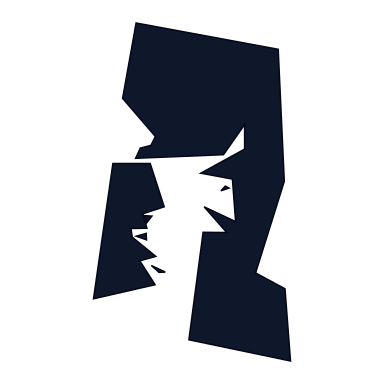 SVG path tracing the border of Los Lagos
{"feature_id": "CHL-2704", "entity_name": "Los Lagos", "entity_type": "Region", "adm_level": 1, "iso_a3": "CHL", "parent_name": "Chile", "parent_adm1": "", "projection": "robinson", "projection_center": [-73.115, -42.159], "detail": "coarse", "context": "isolated", "style": "filled", "palette": "ink", "viewbox_px": 384, "rotation_deg": 0, "n_neighbors": 0, "source": "natural_earth", "source_scale": "10m", "svg_char_len": 732}
<svg xmlns="http://www.w3.org/2000/svg" viewBox="0 0 384 384"><path d="M284.3,181.3L255.6,272.9L285.0,288.8L290.5,361.0L188.9,339.8L203.1,232.3L226.7,232.5L204.1,206.8L235.6,221.6L232.4,179.1L200.7,173.2L244.6,149.1L244.6,124.6L223.5,154.7L135.6,158.3L140.3,148.1L150.9,145.4L155.4,136.5L122.6,98.4L136.1,23.0L278.2,49.3L284.3,181.3ZM93.5,298.8L112.9,163.5L150.2,163.5L164.2,206.8L142.8,213.8L146.9,228.2L131.0,228.5L132.2,237.1L155.8,256.4L139.8,260.8L155.1,284.7L93.5,298.8ZM151.9,216.1L146.8,222.7L144.3,215.6L151.9,216.1ZM229.0,188.1L220.9,190.8L225.3,186.1L229.0,188.1ZM159.0,272.4L151.3,265.5L165.3,272.1L159.0,272.4ZM146.2,233.4L146.5,239.9L136.2,236.2L146.2,233.4Z" fill="#0f172a" stroke="#020617" stroke-width="1.5"/></svg>